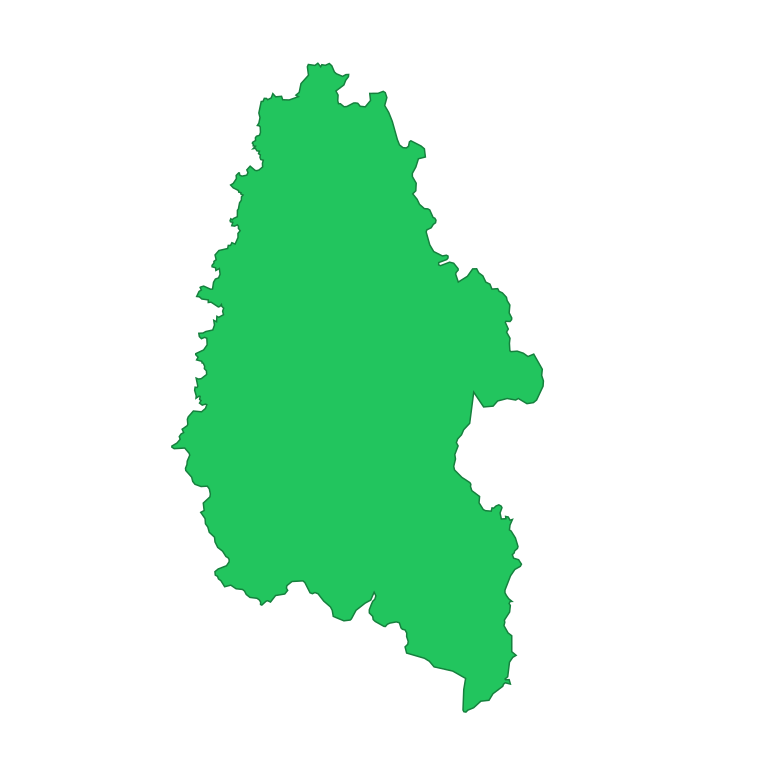 Ivohibe, Ihorombe, Madagascar (Mercator projection), rotated 196°
{"feature_id": "10022922B57896428715958", "entity_name": "Ivohibe", "entity_type": "district", "adm_level": 2, "iso_a3": "MDG", "parent_name": "Madagascar", "parent_adm1": "Ihorombe", "projection": "mercator", "projection_center": [46.923, -22.545], "detail": "fine", "context": "isolated", "style": "filled", "palette": "green", "viewbox_px": 768, "rotation_deg": 196, "n_neighbors": 0, "source": "geoboundaries", "source_scale": "gbopen_adm2", "svg_char_len": 6154}
<svg xmlns="http://www.w3.org/2000/svg" viewBox="0 0 768 768"><g transform="rotate(196 384 384)"><path d="M193.9,116.3L186.5,126.2L186.4,128.3L185.1,130.2L179.8,130.4L182.2,134.3L185.6,133.2L186.3,133.8L184.4,136.7L186.7,151.2L184.9,156.7L182.2,159.6L187.4,161.9L191.8,177.2L196.1,178.9L202.1,184.8L202.2,188.2L203.2,190.2L200.4,199.4L201.5,205.9L203.3,207.5L202.8,209.7L201.1,210.3L205.0,212.0L208.0,214.4L210.2,216.7L210.9,219.3L209.5,234.5L207.1,241.8L202.7,246.3L202.2,248.7L206.2,252.2L211.4,252.3L213.6,255.3L212.3,257.5L212.4,259.6L210.4,262.7L210.4,264.7L215.2,272.2L221.3,277.7L223.2,278.3L224.0,283.1L223.2,289.2L225.3,287.8L227.9,290.4L230.6,290.2L229.7,288.1L234.0,286.6L236.9,292.0L236.5,297.6L237.7,298.9L240.3,299.5L242.7,297.6L244.4,294.8L246.0,294.7L245.9,291.3L251.6,290.2L254.0,290.7L259.9,296.0L261.1,302.2L270.2,305.7L272.6,309.3L272.9,311.6L274.3,312.9L283.4,315.7L292.5,320.8L294.3,324.1L294.6,331.6L296.5,335.7L295.7,344.9L298.3,347.6L298.0,351.6L295.5,356.5L294.8,362.0L290.8,369.8L295.5,400.9L281.9,389.4L273.0,392.8L270.1,399.0L261.6,404.0L253.0,404.9L250.9,407.1L241.2,404.5L235.2,407.3L232.9,410.7L230.5,425.7L231.6,430.9L234.8,435.7L235.9,441.8L248.3,454.0L253.2,450.1L258.5,452.0L265.0,452.3L270.9,450.1L272.2,450.7L274.7,457.8L275.5,462.7L280.5,467.7L279.7,471.1L284.4,476.7L284.1,477.9L280.1,478.8L279.1,481.0L279.4,482.7L283.3,486.9L284.8,494.6L288.6,498.1L290.2,501.1L295.3,504.2L298.9,504.8L301.0,507.0L306.4,505.0L309.7,509.2L314.2,510.0L318.8,515.2L323.6,517.0L326.7,520.3L330.5,519.1L333.5,510.5L340.7,502.5L345.3,509.2L345.5,510.9L344.1,514.0L344.6,515.3L350.3,519.3L354.5,519.2L362.3,513.3L364.3,513.6L364.9,515.8L358.0,520.9L357.2,522.8L357.7,524.6L359.5,525.0L363.1,523.2L372.7,525.0L378.4,530.4L385.4,541.8L385.3,544.0L381.7,547.2L380.6,551.0L378.9,553.2L379.2,555.8L380.9,557.4L382.7,557.6L388.0,563.9L390.1,564.4L393.6,563.7L399.4,566.5L403.1,570.7L408.8,574.7L406.7,578.5L408.4,585.9L413.9,591.2L414.8,594.3L413.2,601.3L413.0,610.0L406.8,613.6L410.0,621.2L414.0,623.0L425.2,625.2L426.3,623.8L426.0,619.2L427.6,617.1L430.9,616.4L435.0,618.1L438.5,622.6L448.4,638.7L454.2,646.2L460.1,651.9L460.2,660.1L463.1,664.4L465.4,665.1L469.8,661.8L477.8,659.4L475.1,652.8L478.4,645.3L483.4,644.4L486.6,646.6L489.0,646.3L490.7,645.7L496.2,640.5L498.8,639.5L503.2,641.4L505.0,640.9L506.5,643.4L507.8,649.1L511.0,652.4L505.0,660.4L504.5,665.4L502.9,669.6L503.3,671.8L505.9,670.9L508.6,668.3L515.3,669.1L517.7,670.3L521.9,675.5L524.9,677.0L528.2,674.2L531.8,673.8L532.3,671.5L536.0,674.1L538.2,671.2L544.8,670.3L545.1,667.8L541.7,660.0L546.6,649.9L545.9,640.9L548.3,637.4L545.5,636.6L553.4,630.9L559.7,629.3L561.8,632.3L567.3,630.2L570.9,632.5L571.3,627.9L574.2,625.2L575.6,626.1L577.8,625.6L578.2,622.3L579.9,621.7L579.0,610.0L576.6,605.8L576.2,600.3L577.0,597.6L574.9,597.8L573.8,596.9L572.1,591.8L572.2,588.8L574.9,587.0L575.5,585.2L574.6,582.7L576.9,580.1L576.9,579.1L575.7,578.4L575.4,576.9L573.1,577.1L574.7,574.1L572.6,575.1L570.4,573.1L567.9,573.4L568.1,570.8L566.0,570.2L565.7,567.7L564.3,565.8L561.7,565.8L561.7,562.6L560.5,559.2L563.1,555.3L565.1,554.0L566.8,553.8L572.7,556.5L574.9,552.0L573.0,549.7L573.5,546.9L577.9,544.6L580.4,545.1L581.2,547.0L581.9,546.9L583.6,543.7L582.5,540.8L584.2,535.3L586.3,533.0L583.0,531.0L577.3,529.9L576.5,528.4L574.3,528.5L574.0,527.2L571.6,526.8L572.6,524.6L571.8,521.3L572.8,518.4L572.2,512.0L572.8,510.6L571.1,504.4L574.4,501.5L575.1,500.0L576.8,500.6L577.0,498.6L576.3,497.6L573.9,497.7L574.0,494.2L571.1,494.6L568.8,496.6L567.3,495.4L566.9,493.5L564.5,491.7L565.9,488.5L564.7,484.6L565.7,477.5L569.2,477.9L569.7,474.9L571.9,474.3L571.6,471.2L579.5,466.8L582.0,461.5L579.6,457.2L581.3,455.0L580.8,453.4L582.0,450.7L581.6,449.3L577.9,449.3L576.9,446.8L574.1,449.6L571.8,444.3L572.3,440.4L575.0,438.4L575.9,434.8L575.0,428.0L576.7,427.3L584.3,428.4L586.7,426.9L587.4,426.2L585.5,424.0L587.3,422.0L588.2,416.5L585.5,416.9L582.6,415.5L576.1,416.4L575.4,413.9L572.8,415.0L564.5,412.4L563.2,413.2L562.2,415.6L561.4,414.0L559.0,412.7L559.2,409.5L557.4,406.4L561.2,402.6L563.3,403.0L562.1,397.7L565.2,398.3L563.2,393.9L563.5,388.7L569.8,385.3L572.0,383.1L576.0,381.7L574.6,378.7L572.0,377.2L569.3,379.4L566.9,379.1L564.8,372.9L566.8,367.0L573.3,361.3L573.1,360.3L570.1,358.5L570.8,355.5L565.4,355.6L564.7,354.1L563.5,354.2L561.3,351.6L560.9,349.2L558.4,347.8L557.1,344.3L561.1,338.8L563.7,337.6L566.2,337.9L562.4,330.6L562.7,329.1L564.7,328.9L564.3,325.8L561.2,320.8L560.8,318.5L558.4,321.4L557.3,321.4L557.0,318.3L555.3,317.7L556.1,314.8L552.9,313.6L550.0,315.5L548.6,315.3L548.9,311.3L551.7,307.0L559.8,305.5L563.1,298.5L563.3,295.9L561.5,291.2L561.7,289.7L565.6,284.9L563.2,282.1L565.3,280.0L566.3,277.0L564.7,274.7L566.8,270.1L570.8,265.9L570.5,264.8L567.9,264.0L557.9,267.5L552.1,263.6L551.1,262.0L551.9,255.6L551.2,252.2L551.6,248.3L550.7,246.2L543.2,241.4L541.0,237.6L538.1,235.5L531.6,235.0L525.7,237.1L523.0,235.0L520.6,230.4L520.2,227.5L524.9,219.7L522.0,212.8L524.8,210.1L518.9,205.3L517.1,200.4L513.9,197.9L511.1,193.3L504.7,190.0L502.9,185.6L498.8,181.1L493.1,178.8L488.4,174.6L486.0,174.0L484.4,172.5L483.9,170.3L485.3,165.9L492.4,160.5L494.8,157.0L493.5,153.8L491.0,153.2L489.4,151.0L486.6,150.0L481.3,145.2L475.8,148.4L469.8,146.4L463.4,147.5L461.0,146.5L458.4,143.7L454.0,141.9L447.1,143.0L444.4,142.1L442.5,140.4L441.9,138.0L440.5,137.8L437.4,142.8L436.1,143.6L433.0,143.1L429.9,150.8L421.5,154.8L419.7,159.1L421.5,160.8L421.8,163.4L418.0,168.8L407.7,172.4L405.4,171.4L397.5,162.9L395.0,162.7L392.9,164.5L389.6,164.2L382.1,158.7L374.1,155.0L371.4,152.2L368.7,146.6L357.3,145.3L351.4,147.8L350.6,149.2L348.5,158.8L341.7,168.2L337.2,172.6L336.1,181.1L333.4,178.1L333.5,174.5L334.9,172.1L335.4,168.7L335.9,162.9L335.0,159.9L330.8,157.5L329.5,154.6L327.0,153.3L317.2,151.0L315.8,151.3L314.6,153.9L312.4,155.8L306.6,158.7L303.4,158.7L300.4,154.2L298.7,153.3L296.0,153.4L293.5,150.9L292.6,147.4L289.8,143.3L289.4,140.4L291.3,137.1L288.1,131.6L269.5,131.5L264.0,130.0L257.9,125.9L238.9,127.0L224.4,123.5L223.1,112.2L218.2,92.4L216.9,91.0L214.8,91.2L213.5,93.6L208.6,97.5L203.5,105.8L195.9,108.9L193.9,116.3Z" fill="#22c55e" stroke="#15803d" stroke-width="1.5"/></g></svg>